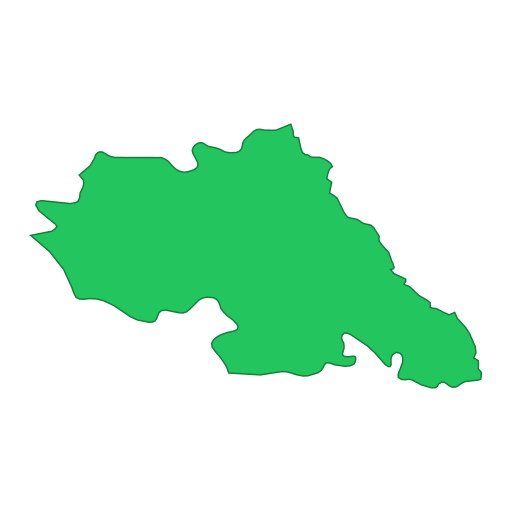 Iasi, Natural Earth projection
{"feature_id": "ROU-308", "entity_name": "Iasi", "entity_type": "County", "adm_level": 1, "iso_a3": "ROU", "parent_name": "Romania", "parent_adm1": "", "projection": "natural_earth1", "projection_center": [27.411, 47.195], "detail": "fine", "context": "isolated", "style": "filled", "palette": "green", "viewbox_px": 512, "rotation_deg": 0, "n_neighbors": 0, "source": "natural_earth", "source_scale": "10m", "svg_char_len": 3304}
<svg xmlns="http://www.w3.org/2000/svg" viewBox="0 0 512 512"><path d="M290.9,124.2L292.1,128.6L293.0,130.8L293.3,132.0L293.3,135.2L293.8,136.7L294.9,137.3L297.9,137.7L298.6,137.9L300.6,147.3L302.3,152.4L305.2,154.6L307.6,154.9L309.0,155.6L310.1,156.5L311.7,157.2L318.7,157.4L319.1,157.2L322.9,158.5L327.0,160.5L330.5,163.3L332.4,166.7L330.2,168.2L328.7,170.9L327.6,174.5L326.8,178.6L331.7,182.3L329.5,193.0L333.4,195.3L334.0,195.7L337.1,198.1L343.7,211.8L347.2,216.9L349.4,217.8L356.8,219.3L359.7,220.9L361.7,222.4L363.9,223.6L370.8,225.1L373.7,227.7L379.2,236.2L378.9,240.5L381.8,244.9L388.8,252.6L392.1,262.2L392.6,262.4L393.3,265.1L394.1,267.2L393.6,268.7L390.6,269.5L393.8,273.5L405.7,279.1L405.7,281.4L404.0,284.0L405.3,285.0L407.9,285.8L410.4,287.4L418.8,295.5L426.6,299.9L430.1,302.6L430.2,307.7L436.9,308.8L443.3,312.3L449.3,314.8L454.7,312.4L457.2,318.2L457.5,318.5L466.0,328.0L469.7,333.9L475.2,346.6L475.9,351.8L476.0,352.7L473.7,357.9L478.3,360.7L478.5,364.7L478.2,368.8L481.3,372.3L481.3,374.9L480.8,379.0L478.7,380.0L464.9,381.6L460.2,384.2L458.3,385.7L455.8,387.0L452.5,387.2L449.2,385.8L446.7,383.8L444.2,382.3L441.8,382.0L438.5,383.9L437.5,386.2L435.0,387.8L431.1,387.8L421.0,384.7L412.3,380.0L409.2,379.2L404.9,379.7L401.3,379.4L398.4,377.4L398.1,375.0L398.8,372.3L400.1,369.3L402.6,362.2L402.8,358.3L401.8,354.9L399.4,352.9L396.0,352.4L392.4,354.8L391.1,357.9L390.9,361.4L391.1,364.6L390.3,366.5L388.5,366.6L385.3,364.6L374.8,352.7L367.3,345.8L350.9,334.7L347.3,333.1L344.2,333.1L342.0,335.4L341.6,337.9L342.3,340.5L343.6,343.0L344.1,345.7L343.9,348.7L342.5,353.7L343.0,355.5L344.9,356.5L348.0,356.8L353.1,356.2L354.8,356.5L355.7,357.6L355.7,359.7L355.2,361.8L353.9,364.1L350.5,365.7L345.1,366.3L334.7,364.8L329.7,363.0L326.0,362.9L324.2,365.2L323.0,367.8L321.1,370.5L318.1,372.7L307.9,375.8L303.1,376.0L296.4,374.7L291.4,373.0L286.2,371.7L281.0,371.7L260.4,374.9L228.7,373.0L227.2,368.4L225.7,365.3L220.9,358.0L215.0,351.1L212.1,346.9L211.7,343.3L213.5,339.8L217.3,336.7L221.8,334.4L226.7,332.7L234.9,330.8L237.3,329.3L238.2,326.8L236.6,323.7L233.0,320.0L226.7,315.3L223.4,311.9L220.8,308.4L219.9,305.1L218.7,302.0L216.6,299.3L213.2,297.7L206.9,297.2L202.5,298.1L198.9,300.0L189.4,309.5L186.5,311.8L183.1,313.0L178.3,312.6L165.3,310.0L161.4,310.7L158.9,312.8L156.6,318.6L155.1,320.8L152.6,322.0L148.6,322.2L137.5,320.0L130.4,316.7L114.2,305.7L103.7,300.7L95.8,298.8L89.4,298.6L84.3,299.2L79.6,299.0L76.0,297.3L73.6,292.5L71.7,287.0L63.6,269.3L49.6,251.6L30.7,235.4L51.8,231.2L54.6,229.3L57.0,226.7L55.5,224.2L38.8,210.7L35.8,205.0L36.9,201.8L41.5,200.6L70.2,203.6L76.0,202.6L78.5,200.8L79.6,197.5L80.1,193.2L83.0,186.9L83.9,183.1L83.3,179.9L79.2,175.1L90.2,165.7L94.2,158.7L95.6,154.9L97.5,152.8L99.9,151.8L102.6,152.1L107.9,155.2L110.9,156.6L115.1,157.5L161.0,157.6L163.7,158.5L166.1,159.8L168.4,161.5L172.5,166.1L175.3,168.8L178.6,170.9L183.9,172.3L188.0,171.7L193.8,169.9L196.6,167.9L198.0,165.4L197.7,162.5L192.8,153.0L192.3,150.1L193.2,147.4L195.1,145.1L198.1,143.1L201.3,142.7L203.4,143.3L207.9,146.3L215.5,147.8L220.4,149.5L225.0,151.9L228.9,152.7L236.3,152.6L239.5,151.1L241.7,148.6L242.9,142.7L244.3,140.1L246.5,137.8L249.1,135.7L253.8,131.2L256.9,129.5L260.3,129.3L264.7,130.2L275.8,130.3L290.8,124.2L290.9,124.2Z" fill="#22c55e" stroke="#15803d" stroke-width="1.5"/></svg>